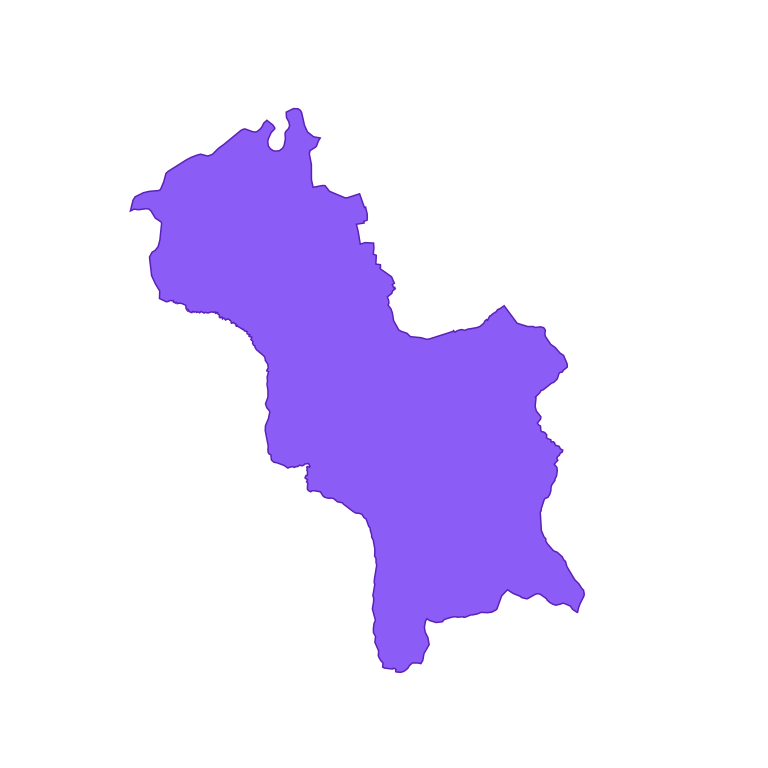 Aita Mare, Covasna, Romania (Albers equal-area conic projection), rotated 55°
{"feature_id": "2599482B68791868874365", "entity_name": "Aita Mare", "entity_type": "district", "adm_level": 2, "iso_a3": "ROU", "parent_name": "Romania", "parent_adm1": "Covasna", "projection": "albers", "projection_center": [25.64, 45.977], "detail": "fine", "context": "isolated", "style": "filled", "palette": "violet", "viewbox_px": 768, "rotation_deg": 55, "n_neighbors": 0, "source": "geoboundaries", "source_scale": "gbopen_adm2", "svg_char_len": 6146}
<svg xmlns="http://www.w3.org/2000/svg" viewBox="0 0 768 768"><g transform="rotate(55 384 384)"><path d="M629.8,535.6L630.7,532.9L630.8,530.5L630.5,527.5L629.3,524.9L628.8,520.8L631.9,516.3L634.2,514.2L632.7,510.8L627.8,505.9L623.4,496.5L616.9,493.5L610.9,492.6L606.4,490.4L602.1,486.1L600.9,483.4L603.8,482.4L609.3,478.1L610.0,476.8L612.3,472.4L611.6,470.9L611.7,468.8L613.9,462.2L615.4,459.2L617.2,457.5L620.0,452.8L620.9,452.5L621.6,451.2L623.0,445.1L623.9,444.0L625.8,439.6L626.8,435.4L630.8,430.2L632.7,426.5L633.3,422.4L633.1,420.6L625.0,409.1L623.4,400.9L630.1,398.1L636.3,394.0L637.7,393.9L641.2,390.9L642.2,389.7L643.0,380.9L643.8,378.5L645.8,376.6L652.9,374.1L654.8,374.3L658.3,373.4L661.4,371.9L663.7,370.2L665.5,365.8L666.1,363.2L667.6,361.9L672.9,358.7L676.7,358.8L681.9,356.8L682.0,356.3L679.0,353.1L676.6,349.7L672.4,341.9L671.0,340.5L667.4,338.8L664.6,339.2L659.2,339.0L653.8,340.0L638.5,338.9L633.5,337.1L631.1,337.6L627.8,337.1L621.2,338.6L617.8,340.8L608.6,341.8L605.4,341.5L603.5,340.2L601.0,340.6L594.2,339.1L578.6,329.5L578.1,328.1L576.5,326.9L570.5,318.9L570.1,317.7L570.9,314.8L569.5,311.5L567.2,308.6L564.4,306.4L562.8,304.3L561.0,299.2L559.9,298.4L558.2,295.3L554.4,291.8L551.5,290.2L547.3,290.5L546.2,285.4L544.0,285.0L543.0,283.5L543.0,281.3L541.7,279.2L542.1,277.2L540.7,275.5L538.3,276.7L535.6,276.3L533.3,277.9L533.0,278.6L531.0,278.7L530.5,278.0L528.4,278.4L527.4,280.3L525.4,279.3L522.8,281.1L521.0,281.7L519.1,279.9L516.4,280.1L514.9,280.7L513.7,282.0L512.2,282.3L508.2,279.9L506.1,280.8L504.0,280.8L502.6,275.9L500.9,274.3L493.4,274.7L489.0,273.0L482.5,267.4L481.6,267.6L480.6,261.7L479.5,259.3L480.1,256.8L479.4,246.5L480.0,244.0L479.3,239.3L475.7,234.5L475.6,232.9L476.5,231.2L475.6,229.0L475.3,224.2L472.8,222.5L463.6,220.5L459.5,222.1L452.3,222.8L447.2,224.7L437.4,224.5L435.0,223.3L432.4,220.9L429.5,220.9L427.0,222.9L424.4,227.7L422.4,228.9L419.5,233.2L410.6,240.1L388.8,240.7L388.8,245.7L388.2,248.3L389.1,250.5L388.9,255.2L389.3,257.1L389.0,258.5L391.2,262.6L390.1,262.9L390.1,264.8L391.5,267.5L391.9,272.5L391.0,275.7L387.0,284.2L386.5,286.9L383.9,289.2L383.2,290.8L382.4,293.3L382.2,296.2L380.1,296.4L380.4,297.6L373.3,320.5L371.9,323.4L367.1,327.3L360.4,335.2L355.6,336.1L350.7,339.7L348.1,340.9L337.7,339.8L330.4,336.3L326.3,335.2L321.7,335.4L320.7,333.7L318.3,332.3L314.6,331.3L314.2,325.6L312.7,323.7L312.4,320.1L311.0,319.8L310.8,320.8L307.3,320.2L307.4,317.7L300.5,316.3L288.0,320.8L286.7,320.7L286.1,319.6L284.2,318.5L281.1,321.9L274.2,316.5L271.5,318.3L266.6,314.1L262.6,311.7L257.4,318.3L255.8,323.2L244.1,317.6L237.3,315.0L240.7,308.0L239.2,307.2L240.1,303.9L238.4,302.4L235.0,300.2L228.5,297.6L228.2,298.8L214.2,294.9L210.4,307.2L209.2,309.1L194.9,318.1L187.7,318.5L186.2,320.4L182.2,329.2L175.1,326.3L162.6,317.6L152.3,313.0L151.0,311.2L150.4,310.9L150.7,304.3L150.4,302.8L147.4,298.5L145.9,295.1L141.1,299.9L133.6,302.1L126.6,300.8L114.7,295.9L112.0,295.5L109.3,296.5L106.5,300.1L105.2,308.2L109.9,311.1L114.7,311.6L118.2,313.1L120.0,315.6L120.9,319.8L121.8,321.2L126.9,324.4L131.3,329.0L132.7,331.7L132.9,335.9L131.0,339.3L129.2,341.0L126.0,342.2L122.6,342.2L118.5,340.0L116.5,337.6L113.3,332.1L112.3,327.1L111.2,326.5L108.1,326.5L100.8,328.7L101.3,332.8L103.3,336.4L104.1,339.0L104.4,343.2L103.7,345.0L102.1,346.8L96.2,350.9L95.1,351.9L94.5,353.5L94.2,356.0L95.9,377.9L96.0,384.5L97.5,392.9L96.2,397.6L90.5,402.5L89.2,406.1L87.7,412.2L87.0,417.8L86.0,438.8L86.4,441.8L92.0,448.4L96.1,454.9L96.5,456.2L96.3,457.6L91.6,465.7L89.3,471.4L87.9,480.5L89.5,484.2L96.8,492.5L97.4,488.5L100.4,485.2L104.0,478.3L105.6,476.4L108.4,475.6L117.0,476.2L123.5,473.6L124.9,474.1L137.3,484.8L141.9,490.2L143.3,495.0L143.0,498.3L145.4,503.1L146.2,503.7L161.9,512.2L170.7,513.8L179.2,514.4L185.2,518.9L191.8,515.1L192.6,513.6L193.0,511.0L194.3,509.9L194.7,508.8L196.2,509.5L197.1,508.4L198.0,508.6L198.2,507.2L199.6,507.3L200.1,505.8L201.9,503.6L205.3,501.5L206.2,501.4L208.7,502.9L209.5,502.6L210.1,503.0L210.4,501.9L211.1,501.8L211.8,502.7L212.4,501.8L213.0,502.0L215.3,500.5L214.9,498.9L216.2,498.4L216.7,496.7L217.9,496.5L218.4,494.8L219.9,494.2L219.7,492.2L222.7,490.7L222.5,489.7L224.9,487.4L226.0,483.9L227.7,482.3L227.8,481.2L229.4,481.5L229.9,481.0L229.4,480.0L230.0,479.2L231.5,479.9L233.0,479.3L235.1,480.6L235.9,480.0L236.1,478.4L238.1,479.0L237.9,477.9L238.6,477.2L240.7,477.1L240.9,475.2L242.0,474.0L244.7,473.3L246.6,474.2L247.0,473.6L247.2,471.9L248.6,471.9L249.8,470.9L250.9,471.6L251.6,470.9L252.1,471.7L252.9,470.7L258.3,468.4L258.7,467.7L260.4,467.9L262.5,466.1L264.2,467.3L266.8,465.7L267.0,466.9L267.4,467.2L268.6,466.6L269.6,465.4L270.5,466.0L271.0,467.4L271.5,467.6L273.6,466.9L275.3,468.3L277.4,468.6L278.9,467.9L280.1,468.7L282.9,468.8L292.1,466.3L294.8,466.6L296.4,467.7L301.0,467.8L304.2,469.4L305.9,472.5L307.8,471.6L311.2,475.7L314.7,477.7L316.9,479.9L322.6,482.7L328.1,486.5L332.2,492.4L336.1,493.6L340.7,493.3L341.6,493.8L346.1,498.6L350.2,505.1L354.2,508.1L368.6,514.5L371.1,516.7L373.7,518.2L375.5,518.2L377.2,517.3L381.6,519.8L384.9,519.1L387.4,516.7L393.5,512.5L397.7,511.0L398.4,507.9L399.7,505.9L401.0,505.2L401.0,504.1L402.2,501.7L402.1,499.6L404.1,498.0L404.4,496.3L404.2,494.5L405.9,491.4L409.1,491.9L409.5,492.9L407.7,493.9L407.8,495.0L409.3,495.5L410.5,496.7L411.9,496.9L414.7,499.0L414.9,499.4L414.2,500.4L415.3,502.2L415.9,502.6L418.6,501.5L419.7,503.6L421.2,503.2L426.0,507.0L427.9,507.1L430.3,505.8L430.1,504.4L431.3,502.5L435.9,497.9L440.6,498.2L442.7,497.6L445.1,495.6L446.7,493.8L446.9,492.8L449.1,490.9L453.6,489.8L457.5,486.2L459.2,486.1L471.2,482.3L473.7,481.0L475.6,478.6L478.1,476.8L481.8,477.0L484.4,476.1L491.7,478.1L494.1,478.0L496.3,479.3L500.0,480.4L502.3,481.9L505.6,482.3L514.2,486.3L519.6,490.4L522.4,490.7L525.8,493.0L528.1,493.8L538.4,503.8L541.1,506.0L542.8,506.4L551.0,514.5L553.6,515.3L556.8,517.8L561.5,522.5L572.2,526.4L573.0,527.0L574.3,529.4L578.4,533.1L581.7,535.3L585.9,535.7L590.3,539.6L599.6,541.5L603.3,544.5L604.9,544.9L608.5,545.3L612.1,544.9L615.1,547.5L616.8,546.7L622.0,541.0L622.5,540.2L622.2,539.4L623.3,538.4L624.7,537.9L625.7,539.1L626.8,539.3L629.8,535.6Z" fill="#8b5cf6" stroke="#5b21b6" stroke-width="1.5"/></g></svg>